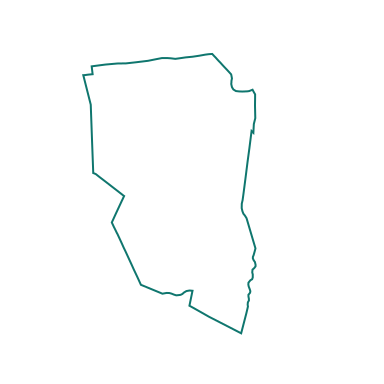 the district of El Porvenir, Chiapas, Mexico, rotated 253°
{"feature_id": "50627088B63414133184656", "entity_name": "El Porvenir", "entity_type": "district", "adm_level": 2, "iso_a3": "MEX", "parent_name": "Mexico", "parent_adm1": "Chiapas", "projection": "albers", "projection_center": [-92.269, 15.429], "detail": "fine", "context": "isolated", "style": "outline", "palette": "teal", "viewbox_px": 384, "rotation_deg": 253, "n_neighbors": 0, "source": "geoboundaries", "source_scale": "gbopen_adm2", "svg_char_len": 1922}
<svg xmlns="http://www.w3.org/2000/svg" viewBox="0 0 384 384"><g transform="rotate(253 192 192)"><path d="M335.5,122.2L305.1,120.7L271.4,111.7L239.0,103.1L238.8,103.4L237.3,105.2L233.4,107.9L228.5,111.4L221.0,116.7L208.5,125.5L208.0,125.9L206.8,124.8L204.9,123.1L204.4,122.6L193.5,112.8L186.3,106.4L181.3,107.1L180.3,107.3L180.2,107.3L177.2,107.8L174.5,108.2L174.3,108.3L174.2,108.3L173.8,108.4L163.7,109.8L158.8,110.4L155.0,111.0L149.9,111.7L144.7,112.4L139.5,113.1L134.8,113.7L129.3,114.5L125.1,115.1L118.2,116.0L103.4,134.0L102.9,138.2L102.0,140.8L100.8,142.7L99.1,144.8L97.8,146.7L97.3,149.1L97.0,151.1L97.3,153.0L98.2,154.9L98.9,157.7L98.5,160.9L97.4,163.6L84.0,156.3L78.9,161.2L67.7,171.8L42.5,197.7L60.1,208.5L66.1,212.0L68.0,212.3L70.2,213.2L71.6,214.7L73.4,215.2L75.4,215.4L77.2,215.9L78.7,218.1L80.1,218.8L82.1,218.8L85.0,218.6L87.0,218.8L88.8,219.5L90.5,222.0L91.0,224.0L92.5,225.1L95.4,226.0L97.5,226.1L100.1,227.2L101.0,229.2L102.3,231.0L103.7,231.5L106.6,231.7L108.8,231.0L110.8,230.8L112.2,231.3L113.5,232.4L116.6,234.4L119.5,236.2L151.0,236.5L154.0,235.7L156.2,234.8L158.7,234.6L162.0,234.8L166.3,236.2L169.4,238.0L174.8,240.5L189.8,247.3L204.5,253.9L216.9,259.6L232.9,266.8L230.7,268.0L238.9,271.0L244.1,274.1L256.5,277.6L264.0,280.0L266.9,280.9L270.0,280.2L272.1,279.8L271.8,276.1L272.1,274.3L273.2,270.1L273.4,269.4L274.4,266.5L275.7,263.5L278.0,261.5L278.5,261.4L280.4,260.9L281.2,260.9L283.8,261.1L285.2,261.7L286.7,262.2L288.9,263.4L292.4,263.8L293.1,263.8L295.7,262.6L298.6,261.2L302.0,259.5L304.7,258.2L307.5,256.9L309.4,255.9L311.7,254.8L313.7,253.9L315.4,253.0L318.1,251.7L318.9,248.3L319.5,244.7L320.2,238.8L321.2,232.1L322.6,225.2L323.5,219.3L324.2,215.0L326.1,210.7L327.4,207.3L328.9,202.2L329.5,196.5L330.3,188.4L332.5,176.0L334.3,166.5L336.7,158.2L339.2,146.4L341.5,132.8L333.7,131.4L334.6,127.0L335.0,124.5L335.0,124.3L335.5,122.2Z" fill="none" stroke="#0f766e" stroke-width="2"/></g></svg>